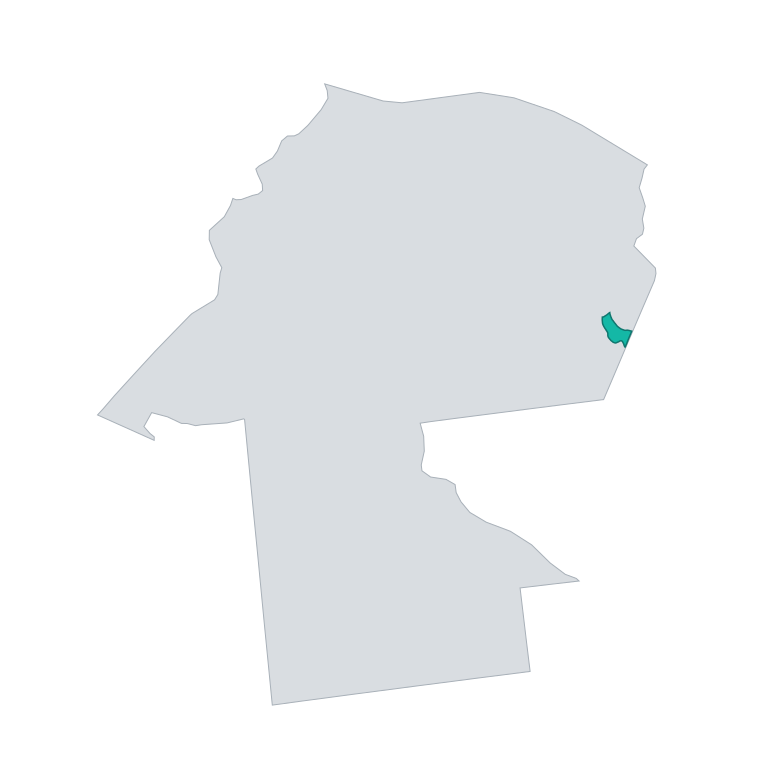 La Democracia, Huehuetenango, Guatemala (highlighted), rotated 173°
{"feature_id": "79465075B38360675898536", "entity_name": "La Democracia", "entity_type": "district", "adm_level": 2, "iso_a3": "GTM", "parent_name": "Guatemala", "parent_adm1": "Huehuetenango", "projection": "albers", "projection_center": [-91.866, 15.617], "detail": "fine", "context": "in_parent", "style": "filled", "palette": "teal", "viewbox_px": 768, "rotation_deg": 173, "n_neighbors": 0, "source": "geoboundaries", "source_scale": "gbopen_adm2", "svg_char_len": 3176}
<svg xmlns="http://www.w3.org/2000/svg" viewBox="0 0 768 768"><g transform="rotate(173 384 384)"><path d="M95.9,569.4L99.7,565.6L102.9,556.7L106.8,547.7L104.5,537.2L103.0,528.6L107.5,516.3L107.1,507.0L109.2,501.2L115.7,497.5L119.2,490.5L100.5,466.0L100.6,460.5L103.0,453.6L118.2,427.6L136.2,396.6L156.0,362.3L167.9,341.8L211.3,341.7L240.0,341.6L276.5,341.4L316.1,341.2L342.1,341.0L352.9,340.7L351.0,327.3L352.2,312.5L356.9,299.1L356.9,293.2L349.1,286.0L334.1,281.8L325.7,275.5L325.6,267.4L321.9,257.6L314.5,246.1L299.4,234.4L276.5,222.4L257.0,206.3L240.9,186.1L227.3,173.0L216.9,167.6L214.4,164.7L244.9,164.9L273.8,165.0L273.9,135.9L274.0,110.1L274.0,80.9L326.3,80.7L388.6,80.3L453.3,79.8L504.1,79.3L534.0,78.9L533.1,115.1L532.1,157.1L531.3,187.9L530.2,229.1L529.2,271.2L527.7,328.6L526.7,365.7L527.4,366.5L544.5,364.5L569.9,365.8L576.1,365.6L583.9,368.7L589.9,369.6L602.9,377.8L618.1,383.9L627.5,371.0L622.3,363.4L618.5,359.5L619.0,356.1L672.1,388.2L666.0,393.4L652.8,405.4L628.8,426.0L607.3,444.3L586.6,461.0L568.0,475.9L565.8,477.4L541.9,488.2L538.0,493.1L533.1,514.0L530.8,519.2L535.3,530.7L539.9,548.5L538.6,557.8L522.1,569.5L514.6,579.9L511.4,586.6L508.4,584.9L503.2,584.5L491.4,587.2L485.7,587.8L480.9,590.8L480.5,597.2L483.8,607.6L485.0,613.0L481.6,615.5L467.1,621.9L461.4,628.2L455.9,637.8L449.6,641.9L442.8,641.2L438.1,642.7L428.0,650.0L412.9,664.0L404.8,674.4L404.6,682.2L406.3,689.1L350.4,665.0L331.8,660.9L253.7,661.8L220.1,652.2L181.9,633.7L156.1,616.8L95.9,569.4Z" fill="#d9dde1" stroke="#a8b0b8" stroke-width="1"/><path d="M159.1,423.8L159.3,423.1L159.3,422.9L159.4,422.6L159.4,422.2L159.6,421.0L159.7,417.6L159.5,416.5L159.4,416.4L159.4,416.0L159.3,415.9L158.9,414.6L158.4,413.4L158.2,413.0L158.1,412.7L157.6,411.7L157.1,410.9L157.1,410.6L156.9,410.4L156.6,409.5L156.3,409.2L156.1,408.8L156.1,408.5L155.9,408.3L155.7,407.5L155.7,406.7L155.8,405.9L155.9,405.1L155.9,404.1L155.6,403.1L155.6,402.9L155.5,402.7L154.8,401.6L154.5,401.1L153.9,400.3L153.6,399.7L152.9,398.9L152.5,398.6L152.2,398.4L151.9,397.9L151.7,397.7L150.7,397.1L150.4,396.9L149.2,396.5L148.8,396.5L148.6,396.6L147.7,396.8L147.1,397.1L146.8,397.1L146.6,397.1L145.7,397.4L145.0,397.8L144.6,398.0L143.6,398.0L143.3,398.0L142.9,397.8L142.5,397.5L142.2,397.1L141.9,396.5L141.9,396.4L141.7,396.0L141.6,395.7L141.5,395.3L141.3,394.7L141.2,394.6L140.9,392.7L140.6,392.0L140.6,391.9L140.4,391.4L140.1,391.3L138.3,394.4L136.3,398.1L135.4,399.7L131.9,405.8L131.7,406.3L132.0,406.4L133.2,406.8L133.5,406.9L133.8,407.1L134.3,407.3L136.0,407.8L136.8,407.8L137.0,407.8L137.6,407.8L138.7,408.0L141.6,409.5L142.1,409.8L143.5,411.0L144.0,411.5L144.8,412.3L145.3,412.8L145.9,413.7L146.0,413.9L146.4,414.6L146.8,415.2L147.0,415.7L147.2,415.9L147.8,416.8L148.0,417.2L148.1,417.4L148.2,417.6L148.3,417.7L148.4,417.9L148.6,418.2L148.9,418.9L149.5,419.7L149.8,420.3L150.2,421.5L150.3,422.1L150.6,422.8L150.7,423.5L150.8,423.9L151.0,424.9L151.2,425.9L151.2,426.7L151.2,427.2L151.2,427.4L151.5,427.3L152.0,427.0L152.6,426.6L153.3,426.2L154.0,425.7L154.9,425.2L155.0,425.2L155.7,424.8L156.6,424.5L156.8,424.3L157.2,424.1L158.2,423.8L158.9,423.7L159.1,423.8Z" fill="#14b8a6" stroke="#0f766e" stroke-width="1.5"/></g></svg>